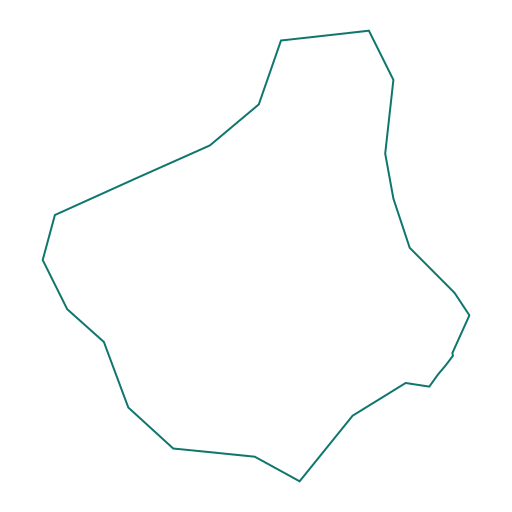 Agia Varvara, Nicosia, Cyprus (orthographic projection)
{"feature_id": "46923920B72089491850664", "entity_name": "Agia Varvara", "entity_type": "district", "adm_level": 2, "iso_a3": "CYP", "parent_name": "Cyprus", "parent_adm1": "Nicosia", "projection": "orthographic", "projection_center": [33.362, 35.036], "detail": "fine", "context": "isolated", "style": "outline", "palette": "teal", "viewbox_px": 512, "rotation_deg": 0, "n_neighbors": 0, "source": "geoboundaries", "source_scale": "gbopen_adm2", "svg_char_len": 505}
<svg xmlns="http://www.w3.org/2000/svg" viewBox="0 0 512 512"><path d="M273.9,467.2L299.6,481.3L352.6,415.7L405.6,383.0L429.3,386.6L437.9,374.6L446.2,364.7L452.0,357.0L452.9,355.8L452.4,353.0L461.0,333.9L469.3,315.6L469.1,314.9L454.5,292.8L409.7,247.8L393.4,198.6L385.2,153.6L393.4,79.9L368.9,30.7L281.0,40.5L258.8,104.4L209.9,145.4L136.5,178.1L54.9,215.0L42.7,260.0L67.2,309.2L103.9,342.0L110.4,359.5L128.3,407.5L173.2,448.5L254.7,456.7L273.9,467.2Z" fill="none" stroke="#0f766e" stroke-width="2"/></svg>